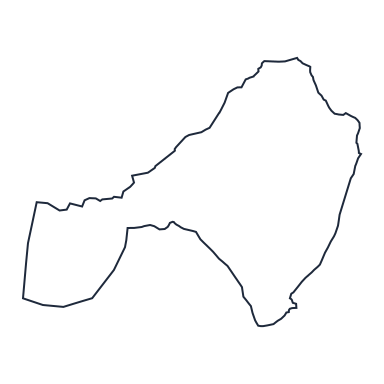 outline of Sanga, Kaduna, Nigeria
{"feature_id": "59680162B60875368726655", "entity_name": "Sanga", "entity_type": "district", "adm_level": 2, "iso_a3": "NGA", "parent_name": "Nigeria", "parent_adm1": "Kaduna", "projection": "orthographic", "projection_center": [8.467, 9.25], "detail": "fine", "context": "isolated", "style": "outline", "palette": "slate", "viewbox_px": 384, "rotation_deg": 0, "n_neighbors": 0, "source": "geoboundaries", "source_scale": "gbopen_adm2", "svg_char_len": 2787}
<svg xmlns="http://www.w3.org/2000/svg" viewBox="0 0 384 384"><path d="M36.7,202.2L32.1,223.9L28.0,243.1L27.6,247.2L26.1,262.8L23.0,298.3L25.9,299.3L42.9,305.0L63.4,306.9L72.8,304.0L82.7,301.0L92.2,298.2L113.9,270.0L125.0,247.2L126.3,240.2L127.6,228.0L134.4,227.9L141.7,227.0L144.2,226.1L150.1,225.0L154.3,226.2L159.5,229.4L164.7,229.0L167.7,226.9L168.8,225.2L169.9,222.9L172.6,221.8L173.9,222.1L174.6,223.1L176.4,224.6L179.0,226.0L180.8,227.3L183.9,228.9L192.9,231.0L196.0,231.9L197.1,233.8L197.3,234.1L198.4,236.0L200.4,239.3L203.7,242.6L209.6,248.3L212.5,251.2L213.1,251.8L215.6,254.7L215.7,254.8L218.3,257.9L219.1,258.8L222.4,261.5L225.0,263.8L227.5,265.9L230.5,270.3L231.6,271.9L232.6,273.4L235.8,278.1L236.1,278.5L237.6,280.7L238.2,281.6L239.6,283.6L240.7,285.2L242.0,287.2L242.2,288.8L243.4,296.7L244.7,298.3L246.1,300.0L248.7,303.4L250.9,306.1L252.5,312.8L252.8,313.7L255.1,320.3L256.3,322.5L258.2,325.7L260.6,326.1L263.3,326.1L265.1,325.8L267.4,325.4L273.5,324.1L275.5,322.5L277.7,320.8L281.1,318.8L284.6,315.5L286.4,312.5L288.8,312.1L288.9,310.2L289.8,308.8L292.1,308.1L293.9,308.0L296.4,307.9L296.1,303.8L292.8,302.8L291.8,299.8L291.2,299.1L289.9,298.3L291.3,293.7L293.4,292.4L294.9,290.5L297.8,286.9L301.8,281.8L305.6,277.7L311.7,272.4L314.2,269.8L317.7,266.8L319.9,264.6L321.8,260.3L325.0,252.7L327.9,247.5L330.8,241.5L334.0,236.3L335.4,233.3L338.0,225.7L338.8,220.4L339.6,214.7L346.8,191.3L350.8,178.3L353.7,174.0L353.9,172.9L355.3,165.8L355.4,165.7L356.3,163.5L358.1,158.3L361.0,154.0L358.9,153.0L358.8,151.0L357.4,143.8L356.4,142.8L357.0,135.5L358.0,133.4L359.8,128.1L359.6,125.2L359.5,122.9L357.9,120.6L357.3,119.9L355.2,117.9L353.1,117.0L351.0,116.0L345.8,113.1L343.3,114.9L342.1,114.8L338.7,114.5L337.9,114.3L334.6,113.7L334.4,113.5L331.4,110.7L329.2,107.7L328.4,106.2L328.1,105.6L325.8,100.6L323.7,99.6L323.2,98.7L321.5,95.6L319.3,93.6L318.3,92.6L315.9,85.4L314.0,81.2L313.6,80.3L313.3,79.1L313.2,78.3L312.9,76.9L311.6,75.4L310.2,72.2L310.1,70.1L310.3,66.9L309.6,66.4L306.5,65.1L302.6,63.3L300.5,61.1L298.3,59.9L297.1,57.9L285.0,61.4L278.8,61.7L264.3,61.1L262.2,63.0L261.9,63.4L261.7,65.5L261.2,66.5L260.7,67.4L258.3,68.8L258.3,69.4L258.5,71.5L253.5,76.3L253.5,76.5L249.4,77.8L248.3,78.5L245.7,79.4L241.5,87.3L240.9,87.3L237.7,87.4L237.4,87.4L233.5,89.3L228.1,92.9L224.6,102.7L221.1,109.6L219.4,112.8L219.2,112.8L209.6,127.8L205.7,129.6L201.4,132.2L191.7,134.4L189.1,135.0L185.4,137.0L176.1,147.1L174.7,149.1L174.9,150.5L174.8,150.8L155.4,166.1L154.8,167.9L147.9,172.7L132.1,175.7L134.0,182.6L132.8,184.0L130.2,186.8L124.4,190.8L123.4,191.5L121.6,197.7L114.0,196.8L112.2,198.5L102.3,199.4L100.7,200.6L100.2,201.0L95.8,198.4L89.4,198.1L84.6,200.3L82.1,206.5L70.0,203.4L66.7,209.6L59.6,210.5L47.6,203.2L36.7,202.2Z" fill="none" stroke="#1e293b" stroke-width="2"/></svg>